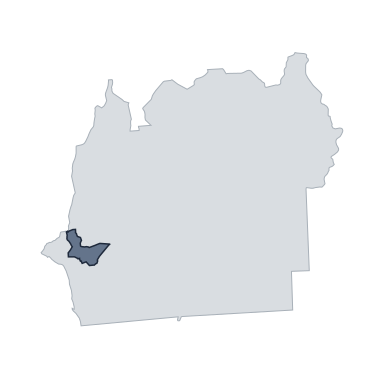 location of Haya, Red Sea, Sudan, rotated 174°
{"feature_id": "16777658B79531940846564", "entity_name": "Haya", "entity_type": "district", "adm_level": 2, "iso_a3": "SDN", "parent_name": "Sudan", "parent_adm1": "Red Sea", "projection": "orthographic", "projection_center": [36.501, 17.972], "detail": "fine", "context": "in_parent", "style": "filled", "palette": "slate", "viewbox_px": 384, "rotation_deg": 174, "n_neighbors": 0, "source": "geoboundaries", "source_scale": "gbopen_adm2", "svg_char_len": 4816}
<svg xmlns="http://www.w3.org/2000/svg" viewBox="0 0 384 384"><g transform="rotate(174 192 192)"><path d="M263.4,312.2L259.8,312.1L259.4,311.3L259.5,309.0L259.9,307.3L261.2,304.5L260.9,303.0L261.1,300.8L260.2,298.4L251.8,291.2L250.1,289.2L245.5,287.3L246.4,285.3L244.7,270.7L245.6,269.1L245.9,266.5L245.9,264.3L247.0,260.6L247.2,259.0L238.2,258.7L238.0,260.3L238.4,262.1L238.4,262.9L225.8,262.6L230.8,268.5L231.0,271.0L230.6,274.1L230.7,276.1L231.0,277.4L232.3,280.0L232.2,280.4L231.8,281.0L222.8,288.4L221.3,291.9L220.0,293.7L217.4,296.7L209.1,304.6L207.8,305.1L201.5,305.2L200.9,305.4L200.4,305.7L200.2,305.7L194.9,300.7L186.1,294.7L180.1,297.5L178.5,298.5L178.4,301.3L177.5,302.6L175.9,304.1L171.5,304.9L169.2,305.6L166.5,307.1L163.7,309.5L163.5,310.9L163.8,312.1L148.7,311.4L147.8,310.4L145.7,306.0L144.2,306.2L130.5,305.0L128.5,305.4L124.6,306.9L122.6,307.1L120.6,306.2L113.7,297.4L112.2,296.3L110.6,294.2L109.1,293.2L108.6,292.5L108.5,291.6L108.6,289.8L108.1,288.6L107.0,288.3L97.3,289.7L96.0,289.3L94.0,289.6L93.3,289.9L92.4,290.9L92.2,293.2L91.9,294.4L91.1,295.6L88.3,298.3L87.6,299.5L87.7,302.6L87.4,304.2L87.0,304.9L85.8,306.1L85.3,306.7L84.7,310.7L83.1,313.1L82.7,313.9L82.6,315.6L82.3,316.2L78.0,317.3L76.3,318.0L75.3,319.3L75.0,319.9L73.2,319.3L70.8,318.8L66.3,318.0L64.5,317.3L63.7,316.2L64.1,313.8L63.6,313.3L62.9,312.8L62.5,311.7L62.6,310.4L65.1,307.8L65.7,306.3L66.5,299.3L66.4,297.1L64.7,293.0L60.7,285.9L59.7,284.5L54.5,278.4L53.9,277.5L52.7,275.1L54.4,269.9L54.6,268.5L54.3,267.0L53.0,265.8L51.8,265.5L50.2,264.0L49.2,263.3L48.4,262.0L47.8,260.2L48.6,254.1L48.3,253.3L47.0,252.9L46.7,252.5L46.8,251.3L46.2,247.7L45.5,244.8L46.1,243.2L45.1,240.9L42.9,239.8L38.6,240.2L37.3,239.9L36.4,239.5L35.8,238.6L35.6,237.6L35.9,236.2L37.3,233.7L38.9,231.7L42.1,229.9L43.0,229.0L43.5,227.8L43.7,226.5L43.5,225.1L43.3,223.8L42.5,222.0L41.7,220.0L41.8,218.6L42.3,217.7L43.2,216.6L46.3,214.5L49.5,212.9L50.1,212.2L50.0,211.4L48.6,209.8L48.4,206.7L47.7,204.5L49.4,203.1L50.6,202.6L52.4,202.2L53.2,201.6L53.4,200.4L53.5,199.1L54.2,198.3L55.2,196.4L55.9,195.6L58.4,193.5L59.0,192.1L59.3,190.7L58.9,186.3L60.4,184.7L62.2,183.3L64.7,183.6L68.6,183.5L71.3,183.1L73.2,183.3L77.5,184.4L78.0,184.1L78.3,182.9L83.6,101.5L101.2,102.7L101.4,102.5L104.2,64.1L214.8,69.2L215.7,69.0L217.6,65.5L218.3,65.2L219.5,65.5L219.8,66.3L218.8,69.3L316.3,70.5L316.5,74.9L317.3,78.4L320.1,83.4L322.5,86.1L323.3,87.6L323.4,88.3L323.3,88.9L322.6,88.2L321.4,87.7L321.2,90.1L321.8,94.9L322.8,98.3L322.1,101.4L322.2,106.7L323.5,113.1L323.3,117.1L325.4,126.6L327.4,131.9L328.5,133.2L329.8,133.8L332.2,134.3L335.7,136.9L338.5,139.7L339.5,141.2L340.9,142.8L341.8,142.5L342.4,142.1L343.3,143.4L347.8,146.2L348.4,147.5L346.9,148.8L345.0,151.0L344.2,153.1L343.7,153.8L342.2,155.1L342.0,155.7L341.3,156.1L340.6,156.1L339.1,156.8L337.8,156.6L336.4,157.0L335.9,157.5L334.8,158.0L333.3,158.2L331.0,160.0L329.0,160.8L328.3,161.5L327.2,165.0L326.5,165.9L323.5,166.0L322.0,166.3L320.0,166.0L319.0,166.0L318.8,166.7L318.4,169.7L318.5,171.0L316.8,174.4L317.3,180.8L315.7,185.5L315.4,186.6L313.8,190.4L313.0,191.8L310.8,198.9L310.0,201.0L308.2,203.3L310.1,220.2L308.6,225.4L308.6,228.2L307.6,232.4L306.7,234.3L305.3,236.7L304.2,239.3L303.2,242.7L302.5,249.2L302.2,249.8L296.8,250.5L295.1,251.0L293.9,251.7L292.5,253.4L289.7,257.9L288.3,260.7L286.0,264.5L283.3,267.2L282.7,268.5L282.3,270.9L281.3,274.8L280.4,277.6L280.5,279.8L279.7,283.6L279.8,285.5L278.9,286.5L277.6,287.5L276.7,287.7L273.0,285.1L270.3,286.9L268.6,289.3L267.3,291.8L268.0,297.1L267.9,298.3L267.5,299.6L265.0,304.7L264.2,307.1L263.4,311.2L263.4,312.2Z" fill="#d9dde1" stroke="#a8b0b8" stroke-width="1"/><path d="M279.4,148.8L289.0,150.5L292.0,149.7L293.9,149.1L300.1,147.5L300.7,148.1L302.7,148.7L303.9,148.6L304.9,148.6L305.5,148.8L306.5,149.0L307.6,149.3L308.3,149.6L308.5,150.0L308.5,150.7L308.5,152.7L308.1,153.6L307.6,154.5L307.3,155.0L307.0,155.4L307.7,158.4L310.6,159.8L311.0,161.1L311.2,161.8L311.3,162.8L312.1,163.7L311.9,164.8L311.8,167.0L312.2,167.0L314.5,167.1L318.9,165.8L318.9,165.7L319.5,165.1L319.8,165.3L320.0,165.3L320.3,165.4L320.3,165.5L320.4,165.4L320.6,165.4L321.0,165.5L321.1,165.2L320.7,162.6L320.7,161.7L321.1,160.2L321.0,159.7L321.3,158.7L321.0,157.5L320.7,157.1L319.5,155.8L318.2,153.3L317.8,152.2L317.5,151.2L316.8,150.1L319.1,146.9L321.5,144.4L321.7,140.4L317.0,139.9L316.2,139.9L315.5,139.7L315.0,139.4L312.5,137.8L312.5,137.6L310.8,137.7L311.0,136.6L310.6,136.1L310.1,135.5L310.2,135.3L310.3,135.4L310.3,135.0L310.2,134.9L309.9,135.0L309.5,134.7L309.3,134.7L309.1,133.5L308.7,132.5L304.6,133.6L301.7,129.6L298.0,129.6L296.8,129.5L295.3,130.7L294.1,131.0L293.0,133.3L293.3,134.0L293.0,134.8L291.3,137.0L291.1,137.4L290.6,137.9L289.2,139.3L280.3,148.0L280.2,148.0L279.3,148.7L279.4,148.8L279.4,148.8Z" fill="#64748b" stroke="#1e293b" stroke-width="1.5"/></g></svg>